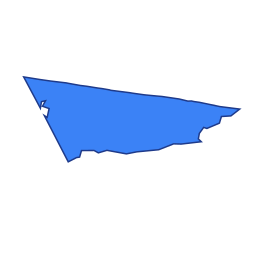 Grayson, Virginia, United States of America (Natural Earth projection), rotated 186°
{"feature_id": "52423323B9140975036391", "entity_name": "Grayson", "entity_type": "district", "adm_level": 2, "iso_a3": "USA", "parent_name": "United States of America", "parent_adm1": "Virginia", "projection": "natural_earth1", "projection_center": [-81.229, 36.683], "detail": "fine", "context": "isolated", "style": "filled", "palette": "blue", "viewbox_px": 256, "rotation_deg": 186, "n_neighbors": 0, "source": "geoboundaries", "source_scale": "gbopen_adm2", "svg_char_len": 785}
<svg xmlns="http://www.w3.org/2000/svg" viewBox="0 0 256 256"><g transform="rotate(186 128 128)"><path d="M212.5,131.6L183.9,88.1L176.1,93.2L173.1,94.0L171.9,100.7L159.4,102.1L154.9,100.2L146.6,103.6L126.9,102.1L116.8,105.2L95.2,109.6L81.0,117.0L73.4,117.6L53.7,122.0L56.9,124.5L56.5,130.1L52.8,136.5L49.5,135.8L37.6,142.4L36.3,149.2L26.9,150.8L18.9,158.5L38.8,158.9L59.6,161.0L65.1,161.2L67.8,161.5L71.2,161.0L80.1,162.2L97.6,162.9L103.2,162.8L115.1,162.7L126.8,163.1L130.1,163.3L149.0,163.7L150.5,164.0L158.1,164.5L162.5,164.6L173.3,165.2L178.9,165.3L179.7,165.3L192.0,166.2L194.0,166.4L209.0,166.6L209.4,166.6L220.5,167.0L237.1,167.9L217.2,138.5L216.8,145.2L212.9,146.5L215.3,140.7L208.5,139.1L209.5,130.1L212.5,131.6Z" fill="#3b82f6" stroke="#1e3a8a" stroke-width="1.5"/></g></svg>